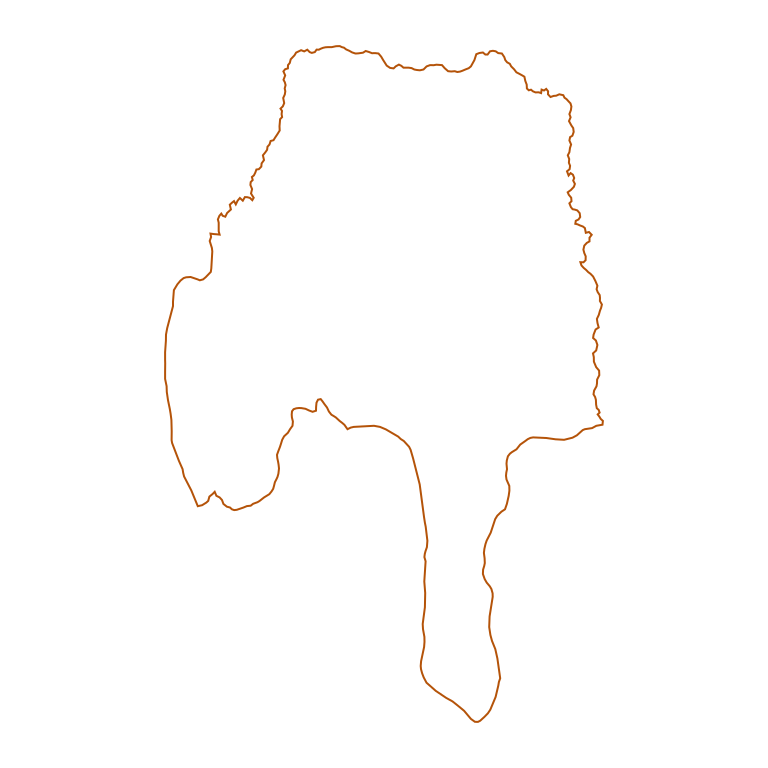 outline of Frutal, Minas Gerais, Brazil
{"feature_id": "56859067B40089466397834", "entity_name": "Frutal", "entity_type": "district", "adm_level": 2, "iso_a3": "BRA", "parent_name": "Brazil", "parent_adm1": "Minas Gerais", "projection": "equal_earth", "projection_center": [-48.989, -20.109], "detail": "fine", "context": "isolated", "style": "outline", "palette": "amber", "viewbox_px": 768, "rotation_deg": 0, "n_neighbors": 0, "source": "geoboundaries", "source_scale": "gbopen_adm2", "svg_char_len": 6010}
<svg xmlns="http://www.w3.org/2000/svg" viewBox="0 0 768 768"><path d="M524.4,76.7L522.2,75.4L519.3,73.8L516.4,72.3L514.1,69.3L511.2,66.4L509.8,63.8L507.1,62.3L505.3,60.1L504.3,57.1L501.9,53.5L498.2,53.1L495.7,51.3L492.9,50.8L490.0,51.3L487.6,54.5L485.3,54.5L482.9,52.5L479.4,53.0L476.3,54.2L474.4,60.1L470.9,66.4L468.7,68.2L465.6,69.4L462.3,70.8L460.0,71.6L457.3,72.0L454.8,71.2L451.3,71.5L448.1,71.2L444.7,68.2L442.0,65.1L436.4,64.7L433.7,65.2L430.1,65.1L426.6,66.4L423.5,69.5L419.9,70.3L416.9,70.0L414.3,69.5L411.6,68.1L408.8,67.7L403.5,67.7L401.3,65.8L398.9,64.6L395.8,66.3L393.6,68.4L390.1,67.9L386.7,65.6L383.2,60.1L381.2,56.7L378.5,53.5L375.1,53.1L372.0,53.2L369.0,52.0L365.7,51.0L363.0,52.7L358.0,53.4L355.4,53.5L352.1,52.4L349.3,50.8L346.1,49.4L344.0,47.7L341.8,47.1L339.8,46.1L336.1,46.2L331.9,47.1L328.3,47.1L325.4,47.3L323.1,47.8L320.8,48.7L318.8,49.7L316.6,49.6L314.8,52.1L311.8,52.9L309.7,52.1L307.3,49.7L304.2,51.4L301.1,50.2L296.1,52.6L294.5,55.3L290.7,59.3L289.8,62.9L288.0,65.1L287.9,68.4L285.2,69.2L283.4,71.4L285.2,75.4L283.5,79.8L284.8,82.2L285.6,85.1L284.7,88.4L285.3,91.3L284.8,94.5L283.2,98.0L284.2,103.1L282.8,106.4L280.5,108.6L282.0,110.9L281.6,114.1L282.1,117.1L280.1,119.2L279.8,122.9L279.5,126.2L279.7,130.5L277.2,134.5L275.1,137.6L273.5,140.2L270.6,141.0L269.5,144.5L267.5,146.7L267.1,149.8L265.2,152.5L262.9,155.3L264.0,160.1L261.6,163.4L261.3,166.6L258.8,169.2L256.4,169.5L255.3,172.6L253.9,175.4L251.9,177.0L252.7,180.0L250.7,182.1L250.4,185.0L252.1,189.1L251.0,193.5L253.7,197.8L252.3,200.2L249.9,197.9L247.3,197.2L244.9,197.1L242.8,200.7L239.9,198.0L237.6,200.7L235.8,204.4L234.0,201.1L232.1,202.6L229.8,204.7L230.9,209.5L227.1,213.0L225.3,216.7L222.7,215.8L221.3,213.6L219.4,215.8L217.9,219.4L218.7,222.7L218.7,226.7L218.7,231.3L219.6,234.6L216.8,234.3L214.0,234.1L210.5,233.6L211.1,237.0L209.7,241.0L211.9,248.0L212.3,251.4L211.3,268.4L210.8,271.9L205.7,277.2L203.1,279.4L199.8,280.3L197.7,279.4L190.6,277.0L186.1,277.3L183.6,278.1L180.5,280.6L177.4,284.3L173.9,290.1L173.0,301.7L173.0,306.1L167.2,328.1L166.0,334.6L165.9,340.8L165.1,352.2L165.1,359.7L165.2,363.4L165.1,371.9L165.1,378.9L166.6,386.2L166.8,392.0L168.0,400.2L169.8,408.9L170.6,413.7L171.4,419.9L171.7,431.3L171.6,440.1L172.1,443.0L178.9,460.8L182.6,469.2L183.2,472.9L184.1,476.5L191.3,490.4L197.8,506.2L202.1,505.2L206.3,502.6L208.2,500.9L209.4,496.6L212.6,494.0L214.7,491.8L216.4,495.8L219.6,497.4L222.0,500.0L223.4,503.9L226.9,506.7L230.0,507.5L231.9,509.3L234.2,510.1L236.8,509.8L243.3,507.6L246.9,506.1L250.7,505.7L253.1,503.8L257.5,502.2L259.5,501.0L264.1,497.4L269.3,494.2L271.5,491.5L273.2,488.8L274.0,485.9L274.9,482.2L276.4,479.3L277.5,476.9L278.4,473.7L279.0,468.5L278.6,464.8L278.1,461.8L277.3,458.1L277.0,454.8L278.3,451.2L280.0,446.8L281.0,443.7L282.2,439.8L284.1,436.3L287.9,432.8L290.1,429.1L292.5,425.8L292.9,421.5L291.9,417.4L291.7,414.5L292.0,411.3L293.6,409.2L296.3,408.3L299.0,408.0L301.4,408.1L305.5,408.8L309.1,410.5L312.6,411.8L316.0,410.7L316.1,406.9L316.5,402.7L318.0,399.7L320.7,399.1L322.4,401.2L324.5,404.2L327.0,407.5L328.9,411.5L331.4,414.7L333.6,416.0L335.8,417.4L339.7,421.0L342.2,422.9L344.4,424.8L347.5,429.2L350.7,427.6L353.7,426.9L374.0,425.8L380.0,426.9L385.9,429.4L398.2,436.6L400.7,439.0L403.8,441.0L409.1,446.8L410.6,449.8L413.1,458.4L419.7,484.4L424.0,516.8L424.9,522.7L425.7,526.7L427.4,540.8L426.9,547.2L425.5,551.2L424.8,553.9L424.4,557.1L425.6,561.3L424.3,581.5L425.2,593.0L424.9,607.3L422.7,624.0L423.0,629.1L424.4,636.9L424.5,641.9L424.1,647.0L421.1,661.2L420.7,666.0L421.0,669.1L422.1,673.2L423.7,677.4L426.5,682.7L435.8,690.9L446.2,697.9L452.5,701.4L456.8,704.8L464.1,710.8L470.9,718.9L474.9,721.8L477.9,721.9L480.1,720.8L484.3,717.0L487.9,713.3L490.3,709.7L495.6,697.0L498.3,685.6L498.9,682.0L500.2,678.3L497.4,658.5L495.3,649.1L492.0,640.9L490.4,635.0L489.2,627.1L489.6,616.4L492.7,596.8L492.6,593.3L491.4,589.0L489.8,586.3L486.7,582.6L484.7,579.1L482.9,574.0L483.1,569.6L484.2,566.0L484.8,563.1L484.6,558.3L483.9,552.9L484.4,548.8L485.5,544.0L486.7,540.5L490.7,532.7L495.2,519.1L497.3,515.7L501.4,511.7L505.0,509.3L506.9,503.8L508.7,495.8L509.4,490.7L509.3,485.9L506.5,479.5L506.0,475.8L506.3,472.6L507.0,469.2L506.5,463.7L506.8,460.5L507.9,456.3L509.9,453.7L511.8,452.2L516.5,449.3L520.2,444.6L525.3,441.0L527.7,439.2L530.4,437.9L533.1,437.4L546.3,438.0L555.6,439.3L564.1,439.8L572.5,437.7L576.9,435.3L582.7,430.1L584.8,429.2L592.1,428.1L596.3,425.8L602.5,424.7L602.9,420.9L600.7,418.9L599.4,416.7L597.7,414.4L599.6,412.6L598.7,409.9L596.8,408.2L596.1,404.6L595.9,399.8L595.1,397.0L593.5,394.3L594.1,390.6L596.5,386.3L597.0,383.4L597.1,379.6L599.3,375.2L599.1,370.6L596.2,367.2L593.9,361.7L593.8,357.1L593.0,353.4L596.2,350.4L597.4,345.0L595.9,340.5L593.1,338.0L593.6,334.6L595.6,329.5L598.7,327.5L597.5,323.1L596.9,318.9L598.8,314.9L600.0,310.6L601.1,307.9L601.9,304.5L599.9,301.0L600.0,298.0L599.7,295.1L597.7,292.1L596.6,289.2L597.4,285.7L595.3,280.8L593.1,276.5L590.5,273.8L588.2,272.1L586.2,270.0L583.7,267.9L581.5,265.5L580.4,262.2L583.5,262.3L585.6,260.2L585.7,256.3L584.3,253.1L583.4,249.6L584.3,245.6L586.8,242.9L589.5,241.4L589.5,237.7L591.7,234.8L589.0,232.0L585.8,232.8L584.9,228.1L582.9,226.5L579.9,225.4L577.5,224.3L575.3,223.8L575.8,220.8L578.5,219.5L580.2,217.0L579.7,213.2L577.3,210.4L574.8,209.6L572.6,209.2L570.9,207.1L569.4,203.3L571.5,201.2L571.2,197.7L568.8,194.8L567.7,192.3L570.9,190.0L573.9,186.8L574.9,183.9L573.2,180.6L574.2,178.0L572.9,174.7L570.6,173.1L568.6,175.5L567.0,171.3L569.6,169.2L570.1,165.8L568.9,162.8L569.2,159.0L567.8,155.3L569.4,152.2L570.0,147.9L571.1,144.5L569.4,140.5L570.1,137.1L572.4,135.7L573.7,131.9L573.2,128.1L571.4,125.5L569.0,121.1L570.6,117.3L569.4,114.1L570.9,110.1L571.4,106.5L570.5,103.4L568.5,101.3L566.5,99.1L564.5,97.7L563.3,95.2L559.3,94.3L556.2,95.7L553.7,95.9L550.5,97.0L548.0,94.3L548.1,91.3L546.2,88.9L544.0,90.5L541.6,89.6L541.1,93.1L538.7,92.3L535.5,92.4L532.9,91.3L531.0,89.7L528.8,90.3L526.9,88.5L526.7,84.6L525.3,80.9L524.4,76.7Z" fill="none" stroke="#b45309" stroke-width="2"/></svg>